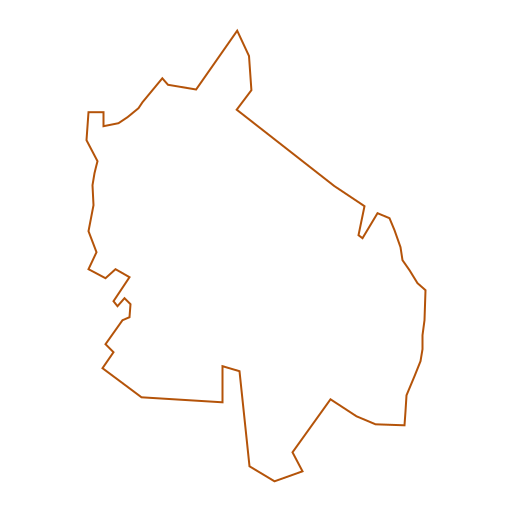 the district of Nam-gu [South District], Busan, South Korea
{"feature_id": "91817680B11476058556898", "entity_name": "Nam-gu [South District]", "entity_type": "district", "adm_level": 2, "iso_a3": "KOR", "parent_name": "South Korea", "parent_adm1": "Busan", "projection": "mercator", "projection_center": [129.093, 35.125], "detail": "fine", "context": "isolated", "style": "outline", "palette": "amber", "viewbox_px": 512, "rotation_deg": 0, "n_neighbors": 0, "source": "geoboundaries", "source_scale": "gbopen_adm2", "svg_char_len": 914}
<svg xmlns="http://www.w3.org/2000/svg" viewBox="0 0 512 512"><path d="M237.2,30.7L196.1,89.5L168.0,84.8L162.3,78.3L142.5,102.2L138.5,108.2L127.5,117.2L118.5,123.2L103.5,126.2L103.5,112.2L88.5,112.2L86.5,140.2L97.5,161.2L96.1,166.6L94.5,173.2L92.5,185.2L93.5,205.2L88.5,231.2L96.5,252.2L88.5,269.2L105.5,278.2L115.5,269.2L129.5,277.2L113.5,301.2L117.5,306.2L124.5,298.2L130.5,304.2L129.5,317.2L122.5,320.2L105.5,344.2L113.5,352.2L102.5,368.2L141.5,397.3L222.5,402.3L222.5,366.2L239.5,371.2L249.5,466.3L274.5,481.3L302.5,471.3L292.5,452.3L330.5,399.3L356.5,416.3L375.5,424.3L404.5,425.3L405.5,411.3L406.5,395.3L414.5,376.2L420.5,361.2L422.5,349.2L422.5,335.2L424.5,320.2L425.5,290.2L417.5,283.2L409.5,270.2L402.5,260.2L400.5,247.2L394.5,230.2L389.5,218.2L377.5,213.2L362.5,238.2L358.5,235.2L364.5,206.2L334.5,186.2L236.7,109.7L251.4,90.2L249.0,56.0L237.2,30.7Z" fill="none" stroke="#b45309" stroke-width="2"/></svg>